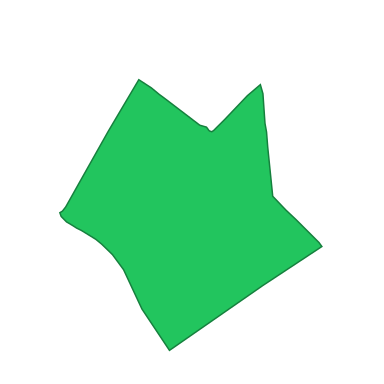 Tamahú, Alta Verapaz, Guatemala, rotated 53°
{"feature_id": "79465075B44639416757608", "entity_name": "Tamahú", "entity_type": "district", "adm_level": 2, "iso_a3": "GTM", "parent_name": "Guatemala", "parent_adm1": "Alta Verapaz", "projection": "mercator", "projection_center": [-90.254, 15.309], "detail": "fine", "context": "isolated", "style": "filled", "palette": "green", "viewbox_px": 384, "rotation_deg": 53, "n_neighbors": 0, "source": "geoboundaries", "source_scale": "gbopen_adm2", "svg_char_len": 676}
<svg xmlns="http://www.w3.org/2000/svg" viewBox="0 0 384 384"><g transform="rotate(53 192 192)"><path d="M148.9,141.4L143.3,145.6L100.1,157.7L94.1,159.5L84.4,161.8L70.3,166.9L93.1,222.3L117.5,278.1L127.9,301.8L129.3,307.0L129.0,310.0L132.8,311.2L140.4,310.2L147.2,307.4L151.3,305.9L156.1,303.5L171.9,297.3L179.3,295.5L194.2,293.2L212.9,293.4L255.3,302.4L304.9,305.3L309.3,191.7L313.7,121.1L308.8,121.0L276.3,125.6L262.8,127.9L244.0,130.1L201.7,104.5L189.0,96.4L181.1,92.4L169.4,84.8L156.2,76.2L147.4,72.8L148.4,89.8L153.9,123.1L155.3,133.4L155.9,137.5L155.8,139.9L153.8,141.3L152.4,141.5L151.2,141.4L148.9,141.4Z" fill="#22c55e" stroke="#15803d" stroke-width="1.5"/></g></svg>